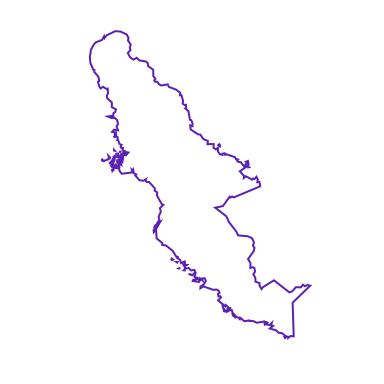 outline of Kandrian/Gloucester District, West New Britain, Papua New Guinea, rotated 46°
{"feature_id": "67681753B75341820849490", "entity_name": "Kandrian/Gloucester District", "entity_type": "district", "adm_level": 2, "iso_a3": "PNG", "parent_name": "Papua New Guinea", "parent_adm1": "West New Britain", "projection": "albers", "projection_center": [149.495, -5.876], "detail": "fine", "context": "isolated", "style": "outline", "palette": "violet", "viewbox_px": 384, "rotation_deg": 46, "n_neighbors": 0, "source": "geoboundaries", "source_scale": "gbopen_adm2", "svg_char_len": 6130}
<svg xmlns="http://www.w3.org/2000/svg" viewBox="0 0 384 384"><g transform="rotate(46 192 192)"><path d="M235.3,139.0L231.6,136.5L230.3,138.2L228.7,136.0L225.8,135.1L226.1,137.9L224.8,138.7L224.8,140.2L218.1,142.3L217.9,144.9L216.7,143.4L210.3,143.2L211.9,134.0L211.5,132.1L208.5,130.2L207.7,132.4L209.5,132.2L209.6,136.7L204.4,136.2L202.6,137.8L200.8,137.9L200.6,136.3L198.7,137.5L196.8,136.9L188.5,141.2L188.4,142.3L186.8,141.6L185.6,143.4L186.5,144.3L184.0,145.7L180.8,145.2L178.2,142.6L177.9,145.2L175.2,145.8L172.6,143.1L168.3,147.6L166.3,145.1L161.9,147.1L156.6,146.1L154.7,147.6L146.1,149.5L142.8,147.0L144.9,145.9L143.1,144.0L139.8,142.6L138.6,143.3L131.4,138.4L127.2,138.8L127.6,137.9L125.0,135.8L124.3,137.0L122.0,137.3L120.1,135.0L115.1,132.4L114.1,133.5L112.4,131.5L107.2,132.4L100.4,135.6L97.7,134.7L94.0,140.1L91.6,140.9L88.7,140.4L86.9,142.0L85.5,141.6L85.1,139.7L81.6,139.2L77.2,135.0L70.9,136.1L68.6,134.3L66.1,134.5L60.8,138.5L57.1,138.5L56.1,142.2L52.1,143.0L47.4,141.6L47.1,137.5L44.8,136.4L43.6,133.8L38.4,132.7L37.3,130.8L33.4,129.5L26.9,132.0L23.0,135.5L20.0,144.5L20.5,147.9L18.9,147.0L20.1,151.1L17.5,157.3L17.7,160.2L19.4,165.8L24.2,172.0L28.7,175.5L35.6,178.1L36.5,177.5L37.7,178.9L44.1,179.3L47.5,181.4L47.4,183.1L51.5,185.3L54.0,185.8L54.6,182.8L58.8,181.9L59.1,180.9L62.5,183.6L63.7,186.7L65.8,187.8L72.0,187.5L75.2,190.7L79.7,189.3L81.1,191.7L80.8,193.8L82.3,195.7L79.1,200.2L83.2,198.4L83.1,196.2L84.4,197.0L85.0,196.1L88.4,195.9L91.9,198.2L92.4,200.7L96.2,202.4L93.0,204.8L93.3,207.7L96.2,205.3L99.2,207.8L100.9,207.4L102.8,209.7L103.4,209.1L107.0,210.8L109.2,209.9L109.8,212.0L111.5,212.2L112.3,211.1L113.8,212.9L116.0,212.0L116.4,213.4L115.1,214.3L117.6,213.8L117.8,211.4L119.4,210.3L119.7,214.0L117.1,215.6L118.3,216.7L115.9,216.2L115.8,218.1L116.6,219.1L118.7,218.3L120.4,219.1L122.4,221.6L121.7,223.5L123.3,224.1L120.3,225.3L123.4,226.7L122.1,229.1L120.9,229.4L121.2,228.0L119.4,227.5L120.3,231.2L124.6,228.1L126.5,229.5L130.0,229.9L135.4,222.8L135.9,220.6L134.3,219.8L135.3,219.7L135.0,218.8L136.6,219.8L136.7,221.3L140.6,219.9L140.7,221.3L147.1,221.6L150.3,219.0L150.8,216.4L151.3,217.5L153.3,217.6L155.1,215.9L163.5,216.2L165.2,217.9L168.1,217.3L170.3,219.7L179.8,222.2L181.4,221.6L181.3,226.2L184.6,228.2L186.7,233.3L189.2,234.6L190.3,238.8L191.3,235.2L193.6,243.5L200.8,249.7L208.2,248.8L209.3,250.2L212.6,247.8L220.8,246.8L228.6,248.4L228.7,246.6L229.5,248.4L232.6,247.7L235.6,249.3L236.8,245.5L239.9,247.6L240.8,246.6L240.4,248.9L242.2,250.4L244.4,247.2L247.7,247.2L249.8,244.4L252.4,245.4L252.0,246.8L253.2,246.5L254.9,249.2L256.8,248.7L256.8,247.2L257.8,249.5L256.1,252.3L256.5,253.3L261.6,249.4L261.2,248.0L259.1,248.1L259.0,246.5L263.0,245.9L261.2,244.9L262.8,242.8L265.6,243.8L266.7,248.6L268.3,249.2L277.2,244.6L279.4,241.9L282.0,241.5L283.7,242.3L283.3,244.1L285.5,245.5L286.2,244.2L288.0,244.3L288.1,248.5L297.3,247.5L296.7,246.2L299.8,246.0L300.4,247.1L302.1,245.1L302.9,246.2L301.4,247.4L302.1,248.5L304.6,245.4L307.2,246.7L313.5,246.7L315.9,244.6L321.2,244.2L324.6,239.4L324.4,240.4L327.7,237.4L330.9,236.4L335.3,230.0L337.4,231.4L336.9,229.1L338.3,228.4L339.1,230.4L341.7,228.4L341.6,225.6L343.0,227.8L344.7,226.8L344.3,230.8L350.2,227.5L353.2,227.6L355.9,225.4L360.9,224.6L360.3,226.1L361.7,226.5L362.1,224.0L363.1,223.2L363.8,224.0L364.1,221.1L366.5,219.1L341.5,196.5L341.5,172.0L339.0,173.7L338.3,176.2L335.8,176.6L336.1,180.1L332.6,183.4L333.1,188.8L331.8,191.7L312.5,194.4L309.7,207.1L310.1,209.4L306.2,208.4L304.5,206.7L300.6,208.6L297.8,206.1L293.8,205.0L293.1,202.0L290.0,199.9L288.4,200.4L287.2,202.8L283.7,199.3L279.2,198.3L277.4,188.6L275.5,185.8L272.8,185.4L271.7,182.8L269.7,181.7L266.5,181.0L262.5,182.7L255.2,189.0L251.3,187.6L239.2,186.3L233.4,184.2L219.4,186.2L223.6,179.5L221.5,168.2L222.7,168.2L223.1,166.2L224.9,165.7L235.3,139.0ZM118.6,219.4L116.2,219.6L116.1,220.7L117.3,220.1L119.6,221.7L120.9,221.1L118.6,219.4ZM110.5,227.0L107.9,227.0L110.3,228.4L109.3,232.2L110.8,228.0L110.5,227.0ZM267.1,252.8L267.7,250.1L266.3,249.5L265.9,251.5L267.1,252.8ZM248.6,251.5L252.3,249.5L252.1,249.0L248.6,251.5ZM309.2,248.4L310.1,247.7L309.5,247.1L306.8,247.0L309.2,248.4ZM194.4,247.3L194.2,245.9L192.6,244.5L192.8,246.2L194.4,247.3ZM121.7,234.8L121.6,232.8L120.8,232.4L120.4,234.1L121.7,234.8ZM117.8,222.6L117.2,223.9L118.0,224.6L118.9,223.0L117.8,222.6ZM115.9,227.4L115.1,225.4L113.9,226.1L115.9,227.4ZM98.3,208.4L96.5,206.2L95.9,206.7L98.3,208.4ZM118.4,229.9L116.6,228.4L115.7,227.9L117.2,230.3L118.4,229.9ZM108.8,234.0L108.8,232.9L107.4,234.2L105.4,233.7L106.9,234.9L108.8,234.0ZM176.6,139.1L176.5,140.5L178.5,140.2L177.8,139.3L176.6,139.1ZM227.1,253.8L227.5,252.5L225.8,252.8L226.1,253.7L227.1,253.8ZM119.3,232.3L116.9,231.0L116.7,231.8L119.3,232.3ZM302.8,249.2L301.4,249.2L300.7,250.2L302.2,250.6L302.8,249.2ZM191.6,241.9L191.7,240.6L190.7,240.2L190.5,241.6L191.6,241.9ZM192.2,244.3L192.7,243.3L191.4,242.5L191.2,243.7L192.2,244.3ZM114.7,230.1L115.6,229.3L114.3,229.7L114.6,231.0L116.2,229.9L114.7,230.1ZM112.3,219.4L114.1,219.4L113.0,218.5L112.3,219.4ZM121.1,222.9L122.0,221.7L121.8,221.3L120.0,222.2L121.1,222.9ZM113.8,222.2L112.5,221.5L112.1,222.5L112.7,222.8L113.8,222.2ZM298.9,250.2L296.2,249.9L299.1,250.7L298.9,250.2ZM98.9,208.9L97.3,209.6L98.6,209.7L98.9,208.9ZM120.5,224.6L121.2,223.9L120.8,223.2L119.8,223.9L120.5,224.6ZM114.0,229.1L114.8,228.2L113.7,227.4L114.0,229.1ZM113.3,225.0L113.9,224.0L113.6,223.6L112.5,224.3L113.3,225.0ZM239.7,249.0L239.4,248.0L238.0,248.5L238.4,248.8L239.7,249.0ZM237.8,254.5L238.9,253.8L238.0,253.9L237.8,254.5ZM299.7,251.8L301.1,251.6L299.4,251.2L299.7,251.8ZM231.4,251.9L232.5,251.7L232.3,251.0L231.4,251.9ZM112.3,216.2L113.5,216.0L113.3,215.5L112.3,216.2ZM295.8,249.4L295.1,248.1L294.6,248.0L294.7,248.8L295.8,249.4ZM243.4,251.7L242.7,250.8L242.6,252.3L243.4,251.7ZM316.6,246.2L317.8,245.5L316.2,245.9L316.6,246.2ZM114.7,221.5L115.5,221.2L114.9,220.5L114.7,221.5ZM213.7,133.8L212.7,134.1L213.4,134.4L213.7,133.8ZM108.0,219.3L108.6,218.9L107.5,218.8L108.0,219.3ZM309.7,248.2L311.1,248.0L311.3,247.7L309.7,248.2ZM312.1,248.1L312.9,247.5L311.9,247.8L312.1,248.1Z" fill="none" stroke="#5b21b6" stroke-width="2"/></g></svg>